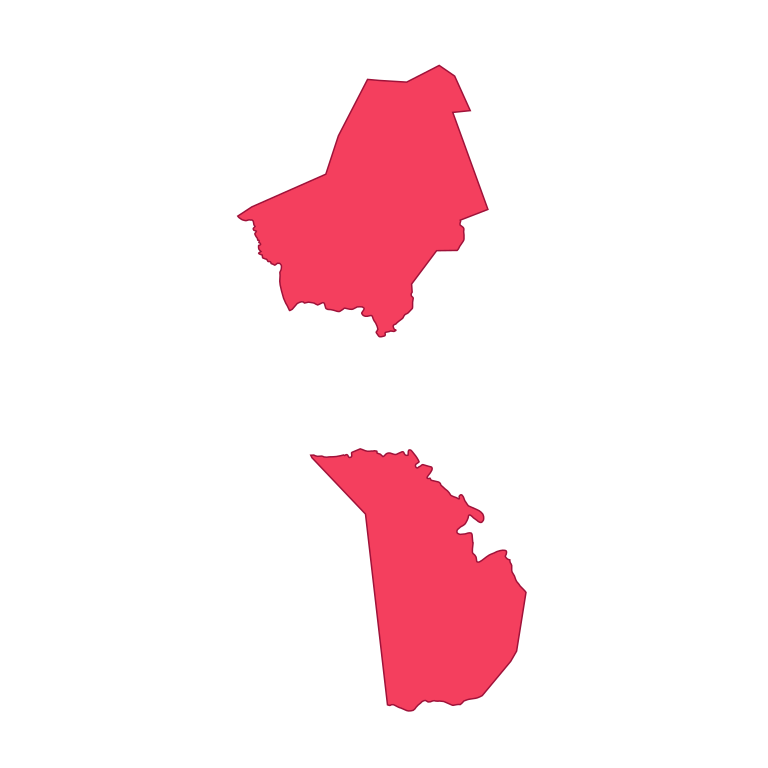 the district of San Sebastian, Comayagua, Honduras, rotated 96°
{"feature_id": "27666195B99754076346058", "entity_name": "San Sebastian", "entity_type": "district", "adm_level": 2, "iso_a3": "HND", "parent_name": "Honduras", "parent_adm1": "Comayagua", "projection": "natural_earth1", "projection_center": [-87.707, 14.215], "detail": "fine", "context": "isolated", "style": "filled", "palette": "rose", "viewbox_px": 768, "rotation_deg": 96, "n_neighbors": 0, "source": "geoboundaries", "source_scale": "gbopen_adm2", "svg_char_len": 6166}
<svg xmlns="http://www.w3.org/2000/svg" viewBox="0 0 768 768"><g transform="rotate(96 384 384)"><path d="M243.5,325.2L241.9,324.1L239.2,323.1L234.0,320.3L232.5,319.7L231.4,319.6L227.5,320.0L224.2,320.7L222.3,320.7L221.3,320.8L220.5,321.2L220.0,321.6L218.9,323.3L218.2,324.6L217.8,325.0L216.3,325.2L214.1,324.8L213.1,325.3L199.5,298.9L106.7,344.0L103.1,326.8L70.4,345.9L61.4,362.4L81.4,393.0L82.6,420.4L82.8,432.2L141.9,455.3L181.4,463.8L221.6,533.9L232.3,547.0L233.1,546.3L233.8,545.4L235.2,542.9L235.6,541.7L235.9,539.8L236.0,538.4L235.5,537.0L235.1,536.1L234.8,535.2L234.9,533.9L234.7,532.9L234.9,532.0L235.8,531.0L239.3,530.0L240.8,528.7L242.8,530.2L243.4,530.3L243.9,530.1L244.8,529.4L245.1,527.5L245.4,526.9L246.2,527.2L247.8,528.1L248.3,528.1L249.0,527.8L250.8,526.6L252.3,525.2L254.1,524.6L254.2,524.4L254.1,523.7L254.5,523.2L255.4,523.0L256.1,523.2L256.4,523.2L256.8,522.1L257.3,521.6L257.9,521.3L258.4,521.5L259.0,522.3L259.2,523.0L259.5,523.2L261.0,523.1L262.7,522.7L263.6,522.0L265.1,520.2L266.5,522.0L267.0,522.3L267.4,522.1L267.9,521.0L268.5,518.6L270.9,518.0L271.2,517.8L271.5,517.2L271.6,516.5L272.0,515.2L272.2,513.9L272.6,513.4L273.9,512.5L274.3,512.0L274.3,511.6L274.2,510.6L274.3,509.9L275.1,509.1L275.9,508.9L276.1,508.5L276.4,507.2L277.2,505.1L276.8,504.4L275.1,502.7L274.9,500.8L275.0,500.2L275.3,499.8L276.7,498.5L278.3,498.2L280.5,498.2L281.8,498.5L283.4,499.1L284.0,499.2L286.9,498.7L292.7,498.4L296.4,497.6L302.0,495.7L309.3,492.8L314.0,490.1L316.3,488.4L320.7,485.7L320.8,485.4L320.4,484.7L319.2,483.0L313.0,478.7L311.5,476.3L310.8,474.5L310.9,472.8L311.1,472.4L311.7,471.8L311.8,471.5L310.5,467.7L310.7,463.3L310.9,461.9L311.8,459.9L312.3,458.2L311.6,456.9L309.7,453.9L309.5,453.4L309.5,452.8L309.7,452.2L310.2,451.7L314.6,449.9L315.0,449.5L315.3,449.0L315.7,447.6L315.6,444.6L315.9,441.9L316.2,440.3L316.6,438.4L316.7,437.1L316.6,436.0L316.2,435.3L314.1,432.7L313.1,431.8L312.7,431.1L312.7,430.6L313.2,426.0L313.1,423.7L312.7,422.6L310.1,418.6L309.7,415.9L309.6,413.6L310.4,412.2L310.8,411.7L311.2,411.6L312.3,411.9L315.4,413.5L316.1,413.5L317.0,412.9L317.6,412.3L318.1,411.6L318.6,409.7L318.4,407.8L317.2,404.1L317.3,403.5L317.7,402.9L318.5,402.4L320.1,401.7L322.1,400.5L324.2,398.7L327.1,397.0L329.0,396.2L330.4,395.8L331.2,396.3L331.7,396.3L332.9,397.1L333.7,397.1L336.6,394.6L337.2,393.9L337.5,393.0L337.2,391.3L336.4,389.1L335.9,388.2L335.6,388.0L334.7,387.9L333.3,388.3L332.7,388.0L332.3,387.5L331.3,384.3L330.6,383.0L330.7,379.6L329.7,378.0L329.4,377.8L329.1,377.9L328.9,378.1L328.9,378.8L328.7,379.3L327.5,380.2L325.8,380.9L325.1,380.9L324.6,380.7L323.8,379.9L323.1,378.5L322.0,377.7L320.3,376.1L317.0,372.6L316.2,372.0L314.5,371.4L312.9,370.5L312.4,369.9L311.7,368.7L310.7,367.4L305.9,363.7L304.6,363.6L299.6,364.1L295.7,363.9L295.3,364.0L294.8,364.4L293.7,365.8L292.6,366.3L291.2,366.3L289.7,365.6L281.7,367.0L245.9,345.6L243.5,325.2ZM462.5,449.4L464.9,447.9L515.3,388.8L702.7,347.0L703.1,345.0L702.9,344.1L702.2,343.2L701.9,341.3L702.4,339.7L703.6,336.7L704.2,334.9L704.5,333.3L706.4,327.3L706.6,325.5L706.2,323.0L705.5,320.9L703.9,319.3L702.1,318.3L699.6,316.4L697.4,314.2L695.9,313.0L694.7,311.1L694.4,309.5L695.6,306.9L695.2,304.6L694.1,302.5L693.7,301.0L693.9,299.5L693.8,297.1L693.5,295.9L693.5,291.4L696.3,282.5L696.3,281.6L695.2,277.9L694.9,276.3L694.8,274.6L693.1,273.0L690.9,271.4L689.3,268.2L688.6,266.3L687.0,260.1L686.3,258.2L685.1,256.0L683.6,253.7L646.6,229.0L635.8,224.2L576.4,221.0L575.0,222.3L570.7,227.5L568.8,229.1L566.7,231.3L564.9,232.5L561.3,234.2L557.7,236.9L556.0,237.5L551.2,238.0L549.8,238.7L548.7,239.6L547.8,240.0L546.7,240.4L545.8,240.4L545.5,241.9L545.1,243.0L544.0,244.4L542.9,245.3L542.2,245.3L540.7,244.7L538.9,244.5L537.8,244.7L537.1,245.2L536.8,246.3L536.9,248.6L537.6,251.2L538.9,254.3L540.5,256.8L542.2,260.0L543.2,261.6L545.3,264.1L549.2,268.2L550.8,270.3L551.3,271.4L551.3,272.3L551.0,273.0L550.5,273.3L547.2,274.1L546.1,274.6L544.5,276.0L543.4,277.6L542.8,278.1L542.0,278.5L538.9,278.8L532.7,278.8L532.4,278.9L532.4,279.1L532.2,279.2L524.8,280.6L523.6,281.2L523.2,281.6L523.1,282.1L523.1,283.5L523.5,285.0L524.6,287.6L525.6,292.6L525.5,293.2L525.1,294.5L524.7,295.3L524.2,295.8L523.5,296.0L522.4,296.1L521.7,295.9L520.9,295.5L518.1,292.9L516.7,290.9L515.5,289.5L514.6,288.7L513.6,288.2L512.0,287.5L510.4,286.9L508.2,286.3L506.4,286.2L505.5,285.7L505.3,285.1L505.5,284.2L506.5,282.6L507.8,281.0L509.8,277.5L510.9,275.9L511.5,274.3L511.6,273.2L511.3,272.4L510.6,271.8L509.3,271.0L508.5,270.8L507.0,270.8L505.3,271.1L503.9,271.7L502.9,272.3L501.4,274.0L500.1,276.1L499.1,278.8L496.7,286.3L496.3,287.4L495.0,288.6L491.5,291.5L488.1,293.2L486.8,294.3L486.2,295.0L486.1,295.6L486.2,296.2L486.6,296.7L487.4,297.3L488.0,297.5L490.1,297.1L490.4,297.4L490.3,298.2L489.5,299.9L488.8,302.9L488.2,304.7L487.9,305.6L487.4,306.2L485.5,307.7L483.7,309.6L482.1,312.1L478.8,316.6L478.3,317.0L477.0,317.6L476.1,318.7L475.7,319.8L474.8,327.0L472.9,328.4L473.4,330.1L473.4,330.6L473.2,331.1L472.8,331.4L471.8,331.2L470.3,330.4L467.4,328.6L464.7,327.4L463.3,327.2L462.1,327.6L461.7,328.0L461.5,328.6L461.2,330.8L460.1,336.9L460.3,337.5L460.7,338.1L461.8,339.1L462.9,340.8L463.9,341.7L464.0,342.4L463.7,343.2L463.2,343.7L462.4,344.1L461.6,344.2L460.9,344.1L460.4,343.8L458.1,341.2L457.7,341.0L456.3,341.8L454.2,343.3L452.3,344.9L448.1,349.0L447.1,350.2L446.9,350.7L446.9,351.9L447.1,352.3L447.6,352.6L448.7,352.8L452.1,352.6L452.3,352.8L452.6,353.6L452.6,354.8L452.3,355.5L451.5,356.3L450.0,357.2L449.5,357.8L449.4,358.3L449.6,359.1L451.6,362.6L452.6,364.2L452.9,365.0L452.9,366.6L452.0,370.9L452.1,372.0L452.4,373.1L453.1,374.4L456.0,376.8L456.3,377.5L454.2,380.3L453.5,383.5L452.6,383.9L451.7,384.0L451.5,384.4L451.4,386.6L451.9,388.1L451.9,389.1L452.4,391.5L452.6,393.4L452.3,395.7L451.4,398.9L451.0,400.9L454.9,408.0L455.4,408.8L456.0,409.1L458.4,408.6L459.3,408.6L460.2,409.2L460.6,410.0L460.7,410.7L460.4,411.4L458.7,412.6L458.3,413.1L458.1,413.6L458.4,414.6L459.2,415.5L459.2,415.9L458.8,416.7L459.9,419.8L461.1,423.8L461.7,427.1L462.2,430.9L462.8,433.4L462.8,436.0L462.4,437.2L462.2,438.4L462.9,442.6L462.6,444.7L462.0,446.4L462.5,449.4Z" fill="#f43f5e" stroke="#9f1239" stroke-width="1.5"/></g></svg>